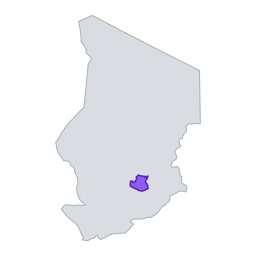 Aboudéia, Salamat, Chad shown in context
{"feature_id": "50815135B13353907786726", "entity_name": "Aboudéia", "entity_type": "district", "adm_level": 2, "iso_a3": "TCD", "parent_name": "Chad", "parent_adm1": "Salamat", "projection": "albers", "projection_center": [19.686, 11.562], "detail": "fine", "context": "in_parent", "style": "filled", "palette": "violet", "viewbox_px": 256, "rotation_deg": 0, "n_neighbors": 0, "source": "geoboundaries", "source_scale": "gbopen_adm2", "svg_char_len": 4403}
<svg xmlns="http://www.w3.org/2000/svg" viewBox="0 0 256 256"><path d="M199.5,70.4L199.6,76.7L199.7,82.9L199.8,89.2L199.9,95.5L200.0,101.8L200.1,108.1L200.2,114.4L200.3,120.7L200.3,122.8L200.2,123.6L200.1,123.8L199.8,123.9L196.6,123.4L195.2,123.4L193.2,123.9L190.2,124.1L188.3,124.1L187.0,125.2L186.0,126.5L186.5,129.6L186.4,130.7L186.0,131.8L185.2,132.7L184.3,133.4L183.8,134.1L183.1,135.5L182.6,136.2L182.7,137.1L182.5,138.0L182.0,138.5L180.6,138.9L179.7,139.3L179.0,140.0L178.6,140.5L178.8,141.2L179.2,142.0L179.4,143.4L179.5,144.3L180.2,144.9L180.6,145.4L180.8,146.0L180.4,146.5L178.7,147.5L178.1,147.9L177.3,148.4L177.0,148.6L175.8,149.6L175.2,150.5L174.9,151.2L174.9,152.2L175.5,153.6L176.2,154.9L176.5,155.8L176.7,156.8L176.6,157.8L176.3,158.7L175.7,159.5L173.4,160.9L172.2,162.5L171.3,164.5L171.1,165.5L171.4,166.2L171.8,166.8L172.5,167.1L173.5,167.2L175.2,166.8L176.8,166.6L178.4,167.3L179.3,168.9L179.0,170.1L179.6,172.2L180.2,174.8L180.2,175.7L180.4,176.0L181.4,176.2L181.7,176.8L181.4,181.3L181.9,182.6L182.6,183.5L183.4,184.0L184.2,184.6L184.6,185.0L185.5,185.1L186.5,185.9L186.8,187.0L186.8,188.1L186.2,190.4L185.7,191.9L185.1,191.8L183.9,191.5L182.4,191.1L180.6,190.9L178.9,191.5L177.0,192.4L176.4,193.0L175.9,193.4L175.1,193.3L174.4,193.4L173.9,194.0L173.3,194.6L170.6,196.0L170.0,196.5L169.7,197.0L169.7,197.5L170.0,198.6L170.0,199.9L169.4,201.0L168.7,201.8L167.9,202.0L167.2,202.2L166.8,202.7L165.4,205.1L164.8,205.6L163.6,205.5L160.0,209.2L159.7,210.3L158.4,211.9L156.7,213.6L155.3,214.5L155.1,214.8L154.7,215.1L153.8,215.5L150.7,217.6L146.9,217.5L145.3,218.3L143.6,218.7L141.3,219.1L140.5,219.1L137.5,219.2L133.9,219.2L132.5,219.5L131.3,220.3L130.3,221.0L130.2,221.2L130.3,221.5L132.8,223.4L133.4,224.3L132.8,225.1L132.5,225.2L132.4,225.2L132.0,225.9L130.5,227.8L128.3,230.1L127.2,230.7L126.7,231.2L126.1,232.7L125.7,232.9L124.2,233.1L121.1,233.2L116.9,233.7L114.4,233.9L112.8,233.7L110.6,234.7L109.8,235.0L109.3,235.1L107.1,236.1L105.3,237.6L104.7,237.9L102.1,238.6L101.1,239.6L100.6,239.7L99.0,238.3L97.9,237.0L97.3,235.7L97.3,235.2L97.0,235.3L96.0,235.9L95.3,236.5L94.9,237.8L92.2,238.6L90.0,239.3L88.9,240.2L87.3,240.6L85.3,240.4L83.7,240.0L82.2,239.9L82.9,238.8L83.2,237.9L83.3,236.9L83.2,236.2L82.3,235.8L81.7,235.2L80.5,231.9L79.2,228.5L77.3,225.2L75.2,223.0L73.8,221.7L73.3,221.5L72.5,221.1L72.0,220.7L69.3,218.4L66.5,215.8L65.7,214.6L64.3,212.9L62.8,211.1L62.0,210.3L61.6,208.8L62.7,207.5L63.9,205.9L65.4,204.8L67.3,204.7L70.4,205.3L73.7,205.5L77.0,205.2L77.8,205.0L78.7,205.0L80.5,205.4L83.5,205.4L85.1,204.7L83.4,203.5L81.6,201.7L79.9,199.7L78.9,197.9L78.0,195.5L77.1,192.6L76.7,188.9L76.8,186.8L77.1,185.3L78.0,182.8L77.5,181.4L77.6,180.2L77.6,178.5L77.3,177.6L76.1,174.8L75.9,174.5L74.9,172.5L74.5,169.2L73.3,167.0L71.4,165.9L70.3,164.6L70.0,162.3L69.3,161.7L66.3,160.8L63.8,160.8L62.0,158.2L59.7,154.9L57.6,151.8L56.4,145.6L55.7,142.1L56.6,141.1L58.4,138.7L60.8,134.0L66.0,126.7L68.7,123.0L74.0,117.5L80.4,110.7L84.1,106.9L84.7,99.8L85.5,92.4L86.0,86.8L86.7,80.1L87.2,74.5L87.6,70.5L88.2,64.7L88.6,63.6L91.2,59.2L91.4,58.6L90.9,57.8L87.5,54.0L86.4,53.1L85.8,51.1L86.7,50.0L82.6,43.5L81.5,42.7L81.1,42.0L81.1,40.8L81.1,36.4L80.1,29.5L78.7,21.4L83.7,19.2L87.4,17.5L92.2,15.4L96.6,17.7L102.9,21.0L109.3,24.4L115.7,27.7L122.0,31.1L128.4,34.4L134.8,37.7L141.3,41.0L147.7,44.3L154.1,47.6L160.6,50.9L167.0,54.2L173.5,57.4L180.0,60.7L186.5,63.9L193.0,67.2L199.5,70.4Z" fill="#d9dde1" stroke="#a8b0b8" stroke-width="1"/><path d="M130.6,186.3L131.5,186.6L132.0,187.1L132.7,187.5L133.1,187.7L133.8,187.9L134.6,188.4L134.9,188.4L135.1,188.5L135.3,188.5L135.6,188.8L136.3,189.1L137.6,189.6L138.6,190.4L139.9,190.6L140.7,190.8L141.1,191.0L141.6,191.0L142.0,191.0L142.6,191.0L143.1,190.8L143.8,190.5L144.2,190.4L144.9,190.0L145.5,189.7L146.1,189.3L146.7,189.3L147.1,189.1L147.5,188.9L147.9,188.7L148.1,188.4L148.0,187.7L147.7,187.0L147.5,186.4L147.6,186.0L147.7,185.5L147.4,184.9L147.1,184.4L146.7,183.5L146.1,183.0L145.6,182.3L145.5,181.8L145.5,181.3L145.7,180.6L146.3,179.8L146.7,179.2L147.0,178.7L147.4,178.0L147.7,177.2L147.8,176.8L147.9,176.3L146.3,176.4L146.1,176.5L146.1,176.8L146.0,177.1L145.4,177.3L144.8,177.4L144.6,176.5L144.6,176.4L142.4,176.1L140.0,175.7L138.9,175.3L138.4,175.1L136.3,177.1L136.7,178.9L135.5,180.7L135.0,182.0L133.2,182.5L132.7,181.2L130.6,181.2L130.2,184.3L130.3,184.8L130.3,185.3L130.6,186.3Z" fill="#8b5cf6" stroke="#5b21b6" stroke-width="1.5"/></svg>